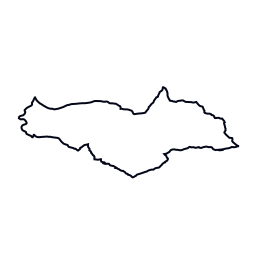 the district of Panqueba, Boyacá, Colombia, rotated 78°
{"feature_id": "7082276B16553832193382", "entity_name": "Panqueba", "entity_type": "district", "adm_level": 2, "iso_a3": "COL", "parent_name": "Colombia", "parent_adm1": "Boyacá", "projection": "equal_earth", "projection_center": [-72.459, 6.443], "detail": "fine", "context": "isolated", "style": "outline", "palette": "ink", "viewbox_px": 256, "rotation_deg": 78, "n_neighbors": 0, "source": "geoboundaries", "source_scale": "gbopen_adm2", "svg_char_len": 5817}
<svg xmlns="http://www.w3.org/2000/svg" viewBox="0 0 256 256"><g transform="rotate(78 128 128)"><path d="M177.2,133.8L177.2,132.8L176.5,130.9L176.5,130.4L175.5,129.0L175.5,128.8L175.0,123.8L174.6,120.8L174.4,118.4L173.8,116.8L173.6,114.0L173.7,113.1L174.0,111.9L173.8,111.3L173.3,110.4L173.1,109.6L173.0,108.6L173.1,106.2L173.0,105.5L172.1,104.4L171.4,103.1L170.1,101.5L169.4,99.8L169.4,99.0L169.1,98.7L168.7,98.6L168.5,97.8L168.3,97.0L167.8,96.3L167.1,95.6L166.6,95.4L165.9,95.4L165.6,95.6L165.2,96.1L164.9,96.2L163.7,96.3L163.2,96.4L162.6,96.8L161.8,97.6L161.0,98.0L161.0,97.6L161.1,97.0L161.1,96.4L161.0,95.5L160.0,92.6L159.7,92.2L158.6,90.9L158.4,90.1L158.3,89.4L158.4,87.9L158.5,87.3L158.6,86.9L159.1,86.0L159.4,85.2L159.7,83.8L160.4,82.4L160.7,81.1L160.8,80.2L160.3,77.2L160.2,74.4L160.1,73.8L160.0,73.4L159.3,72.0L159.3,71.5L159.4,71.2L159.9,70.4L160.1,70.1L160.3,68.3L160.5,67.6L161.1,66.9L161.2,66.3L161.5,65.6L161.5,65.0L161.4,63.8L161.6,63.1L161.4,63.0L161.4,62.7L162.0,62.1L162.4,61.7L162.6,60.9L162.7,60.0L162.4,58.6L162.4,57.7L162.4,55.6L162.7,54.7L163.5,53.1L163.8,51.2L164.3,50.2L164.8,49.7L165.6,49.5L166.2,49.1L166.7,48.7L167.6,47.2L167.8,46.9L167.8,45.9L168.0,45.0L168.1,44.5L168.5,43.9L168.9,42.9L169.0,41.8L168.6,42.3L168.3,42.5L168.4,41.7L168.5,40.0L168.6,38.7L168.5,38.2L168.5,37.0L168.7,33.6L168.5,31.8L168.1,30.5L168.8,28.5L169.0,27.5L168.8,25.6L168.8,23.8L168.8,23.3L168.3,24.2L167.6,25.1L164.9,27.3L163.6,28.3L162.6,28.8L162.3,28.8L161.6,28.5L160.8,28.2L159.7,28.1L159.4,28.4L158.7,30.7L158.5,31.0L154.9,33.5L152.8,34.6L152.5,34.7L152.2,34.6L150.7,33.1L149.8,33.0L149.2,32.8L148.9,32.7L147.9,32.9L145.4,32.9L143.7,33.1L142.7,32.8L142.5,32.2L141.2,32.5L139.7,33.3L139.0,33.7L138.5,33.8L138.2,35.0L137.7,36.1L137.0,36.9L136.6,38.9L136.5,40.4L136.4,40.7L136.3,40.9L135.8,41.2L135.3,41.3L134.5,41.2L133.9,41.7L133.5,41.9L133.3,42.2L133.0,42.6L132.9,43.1L132.6,43.6L132.2,43.7L131.5,44.2L130.9,45.3L130.5,47.3L129.8,48.7L129.3,49.6L129.1,49.8L128.3,50.1L128.2,50.1L127.4,49.7L127.0,49.6L126.6,49.7L125.6,50.2L124.6,50.2L124.0,50.4L122.9,50.5L122.6,50.7L121.7,52.5L121.0,53.5L120.5,53.8L119.2,54.6L116.7,55.8L116.8,57.2L116.8,58.1L116.6,59.0L116.4,59.7L115.9,60.6L115.7,61.4L115.2,63.3L114.9,64.2L114.6,65.7L114.3,66.4L112.4,68.6L112.3,69.0L112.2,69.4L112.2,70.9L112.0,72.8L112.0,73.3L112.0,73.8L112.5,75.4L112.4,75.8L112.3,76.2L111.9,76.8L111.5,78.1L110.8,79.2L110.6,79.6L110.4,80.2L110.3,80.6L110.1,81.2L109.7,81.5L108.8,81.5L108.2,81.9L106.2,82.4L104.7,82.6L103.5,82.4L102.0,82.1L99.3,82.4L97.8,83.1L97.6,82.9L97.2,83.0L95.5,84.9L95.4,85.2L96.0,85.7L97.3,86.1L97.9,86.5L98.4,87.1L99.4,89.4L102.6,91.8L102.9,91.9L103.5,92.1L103.7,92.4L103.8,92.9L103.8,93.5L103.9,93.9L104.7,94.7L106.5,96.7L106.7,96.9L107.5,97.3L108.1,97.8L108.6,98.4L109.3,99.9L111.1,102.1L111.9,103.4L112.2,103.5L112.8,103.7L113.7,104.4L114.9,106.0L116.6,108.0L116.6,108.4L116.6,109.1L116.6,110.2L116.5,111.5L116.2,113.5L115.9,116.7L115.8,118.8L115.6,119.3L115.1,119.7L114.3,120.0L112.8,120.3L112.0,120.8L111.6,121.2L111.1,122.1L110.4,123.2L109.7,124.7L109.4,126.0L109.0,127.6L108.5,129.0L107.8,130.3L107.7,130.7L107.7,131.3L106.0,131.0L105.4,131.0L104.8,131.5L104.1,132.5L102.4,134.1L101.6,135.1L101.3,136.4L100.7,137.9L100.2,140.0L99.9,140.8L99.7,141.1L99.0,141.7L98.4,142.1L97.7,143.2L97.6,143.7L97.6,144.9L97.3,145.7L97.1,146.6L97.0,147.1L96.3,148.5L95.7,150.2L95.7,150.7L95.0,153.3L94.7,155.1L94.8,156.3L95.1,157.7L95.2,159.0L95.1,161.6L94.8,164.9L94.2,167.8L93.8,170.9L93.6,173.4L93.1,176.7L92.9,178.2L92.9,179.3L93.1,180.5L93.0,182.3L93.2,183.8L93.9,186.5L94.2,188.0L94.2,188.9L94.6,192.1L94.5,195.4L94.4,196.2L94.2,196.8L93.3,198.3L93.1,199.7L92.8,200.3L92.1,201.7L91.1,203.1L90.1,204.2L89.1,205.4L86.1,208.4L85.9,208.6L85.8,208.9L84.0,210.3L82.6,211.2L81.2,211.9L79.9,212.2L78.8,212.6L79.4,213.4L81.8,215.1L83.3,216.7L84.6,216.8L85.2,217.1L85.7,217.5L85.9,217.8L87.0,221.8L87.4,222.9L88.1,224.0L88.9,225.2L89.1,225.4L89.7,225.5L90.6,225.2L91.4,225.3L92.2,225.8L92.7,226.2L93.4,227.3L93.7,228.0L93.8,228.5L93.9,230.6L94.1,231.4L94.4,232.0L95.1,232.5L95.7,232.7L97.2,231.3L97.4,230.4L97.5,228.8L97.9,228.1L98.1,227.7L99.6,226.7L101.4,226.1L102.1,226.1L102.3,226.2L102.7,226.7L102.9,227.1L103.0,227.7L103.0,228.3L103.1,229.3L103.4,230.4L103.7,231.0L104.6,231.8L105.6,232.1L106.7,232.1L108.3,231.6L108.8,231.0L110.5,228.8L110.6,228.7L111.9,228.6L112.4,228.6L112.6,228.5L112.8,228.3L114.6,226.0L115.2,225.0L115.6,224.5L116.8,223.9L117.2,223.5L117.2,223.2L116.8,222.8L115.1,221.6L115.1,221.3L115.2,221.1L116.2,220.7L117.0,220.0L118.0,218.6L118.2,218.0L118.7,215.5L118.9,213.1L119.2,211.7L119.5,209.0L120.2,207.5L120.2,206.4L120.4,206.0L121.2,204.2L123.1,198.8L123.3,198.5L123.8,197.8L124.3,197.5L127.2,196.1L128.2,195.5L129.8,194.3L130.3,193.7L130.8,193.0L131.2,192.3L131.8,191.0L132.2,190.6L133.6,190.2L134.0,189.9L134.3,189.6L136.2,185.8L137.1,184.9L137.1,184.4L137.1,184.2L137.9,183.2L138.8,182.5L139.7,181.6L138.6,179.4L138.2,179.0L137.7,179.0L137.5,178.8L137.4,178.6L137.1,177.2L136.4,176.0L136.1,175.1L135.7,174.4L135.6,173.7L135.7,172.0L135.6,170.5L136.2,170.7L138.3,170.9L140.4,170.0L141.3,170.1L141.7,170.4L143.4,169.2L143.9,169.1L144.6,169.3L145.4,168.6L147.1,168.1L147.3,167.9L147.3,167.7L147.5,167.5L148.8,166.9L149.5,166.8L150.8,167.3L151.7,167.3L151.8,166.7L152.8,164.0L152.9,161.6L152.8,161.1L152.9,160.9L153.9,161.2L155.4,161.1L156.3,159.4L156.8,158.5L156.8,158.1L157.0,158.0L157.6,159.1L158.4,157.7L158.5,157.1L158.6,155.7L159.1,154.1L160.1,153.6L160.9,153.1L162.1,150.4L162.5,149.8L162.7,149.5L164.1,148.0L164.5,148.5L165.1,147.1L166.2,145.9L166.6,145.2L167.0,145.0L168.4,143.4L168.7,142.8L168.8,142.3L168.9,141.8L170.6,140.1L171.2,139.9L171.8,139.6L172.5,138.7L172.8,137.9L173.6,137.8L174.3,136.5L174.8,135.7L175.2,135.2L176.6,134.4L177.2,133.8Z" fill="none" stroke="#020617" stroke-width="2"/></g></svg>